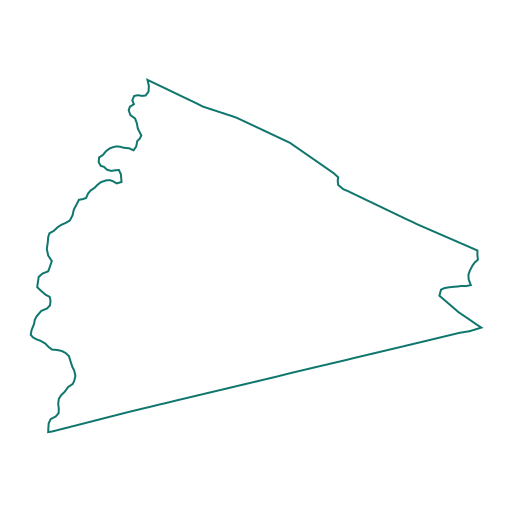 Caetanos, Bahia, Brazil
{"feature_id": "56859067B83232081919872", "entity_name": "Caetanos", "entity_type": "district", "adm_level": 2, "iso_a3": "BRA", "parent_name": "Brazil", "parent_adm1": "Bahia", "projection": "natural_earth1", "projection_center": [-40.978, -14.304], "detail": "fine", "context": "isolated", "style": "outline", "palette": "teal", "viewbox_px": 512, "rotation_deg": 0, "n_neighbors": 0, "source": "geoboundaries", "source_scale": "gbopen_adm2", "svg_char_len": 2030}
<svg xmlns="http://www.w3.org/2000/svg" viewBox="0 0 512 512"><path d="M469.6,331.2L481.3,327.6L475.8,324.0L473.0,322.0L458.7,312.3L439.4,295.7L441.0,289.7L444.4,288.1L448.3,287.4L452.6,286.9L457.6,286.5L461.2,286.0L466.1,286.1L470.8,285.1L468.7,279.5L468.4,274.9L469.9,270.5L472.6,265.4L474.7,262.5L477.9,259.7L477.4,255.1L477.4,250.5L417.0,224.2L412.6,222.0L406.4,219.2L347.2,190.8L343.3,189.2L338.2,185.0L337.7,181.0L338.2,177.3L333.7,173.2L289.9,142.8L236.5,117.7L231.4,115.9L226.4,114.3L202.9,106.6L197.6,103.9L147.5,79.9L148.9,86.0L148.5,91.7L145.6,95.5L142.2,95.9L137.7,95.2L134.1,96.0L132.3,100.3L133.9,104.2L129.9,106.7L128.7,110.2L130.4,115.1L135.1,118.5L136.9,123.5L137.8,128.5L139.7,132.3L141.3,135.5L139.7,138.7L137.3,141.0L136.2,146.5L133.5,150.3L129.2,148.3L123.5,147.7L120.0,146.7L116.6,146.4L113.6,147.0L109.9,148.3L106.1,151.1L102.7,155.1L99.1,157.4L98.7,162.2L100.8,165.9L103.9,166.8L107.1,169.8L111.4,170.9L115.3,170.3L118.9,170.0L120.9,174.4L121.5,182.0L116.7,183.4L112.9,181.2L109.7,180.1L105.7,180.5L100.8,182.2L97.3,185.0L94.5,187.9L90.7,190.4L88.0,193.6L86.1,198.0L82.5,199.2L78.9,199.8L76.5,204.6L73.8,209.6L72.6,215.2L69.9,220.4L66.1,222.7L61.4,224.8L57.9,227.0L53.6,231.0L49.5,233.2L48.2,237.0L47.8,242.1L46.8,249.1L48.2,255.5L51.8,261.1L49.7,267.3L48.2,271.3L42.4,273.6L38.7,276.9L37.9,282.1L37.2,287.1L40.8,290.6L45.6,294.7L49.7,296.9L50.5,300.7L50.0,305.4L47.0,308.5L41.3,310.9L36.7,316.2L34.8,319.8L34.0,324.1L31.6,330.0L30.7,334.8L33.0,337.4L36.7,339.4L40.3,340.7L45.1,343.4L48.8,347.2L52.1,349.6L57.4,350.0L61.8,351.0L65.6,353.0L69.0,356.2L70.9,362.6L72.4,367.0L74.3,370.8L75.4,375.9L74.3,380.6L72.8,383.9L68.2,387.0L64.6,391.9L61.2,395.1L58.8,398.9L58.2,403.9L58.8,408.6L58.6,413.2L55.7,416.5L50.7,419.1L48.7,423.3L48.4,427.3L48.2,432.1L52.1,431.5L128.9,411.9L140.5,409.1L152.3,406.3L160.3,404.3L164.1,403.5L169.4,402.2L176.2,400.5L277.1,376.5L289.3,373.4L320.4,366.0L344.5,360.4L354.9,357.8L392.9,348.8L425.6,341.0L459.6,332.8L469.6,331.2Z" fill="none" stroke="#0f766e" stroke-width="2"/></svg>